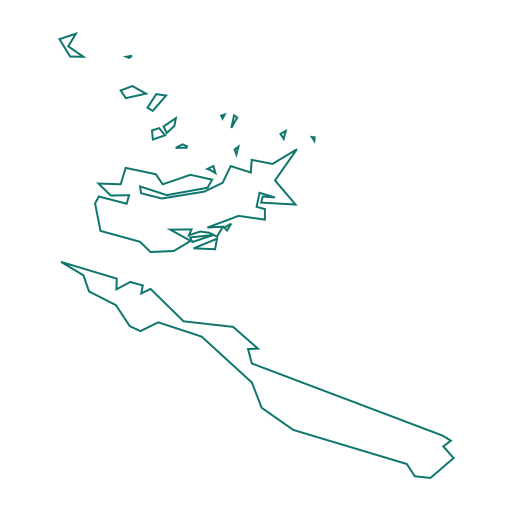 the district of Maluku Tenggara, Maluku, Indonesia, rotated 94°
{"feature_id": "22746128B6545713511337", "entity_name": "Maluku Tenggara", "entity_type": "district", "adm_level": 2, "iso_a3": "IDN", "parent_name": "Indonesia", "parent_adm1": "Maluku", "projection": "mercator", "projection_center": [132.834, -5.655], "detail": "medium", "context": "isolated", "style": "outline", "palette": "teal", "viewbox_px": 512, "rotation_deg": 94, "n_neighbors": 0, "source": "geoboundaries", "source_scale": "gbopen_adm2", "svg_char_len": 1963}
<svg xmlns="http://www.w3.org/2000/svg" viewBox="0 0 512 512"><g transform="rotate(94 256 256)"><path d="M465.2,66.5L443.8,44.8L432.9,55.9L426.6,48.7L422.2,57.3L363.5,252.7L349.4,257.4L348.3,247.6L328.3,273.9L326.2,323.7L296.2,358.9L301.3,367.8L293.3,366.9L290.7,379.7L299.0,392.9L288.3,393.3L275.5,450.1L287.3,426.8L303.0,420.1L314.8,392.3L334.8,377.0L339.0,366.1L329.0,348.9L340.2,304.6L382.5,251.3L407.1,239.7L426.9,206.7L453.0,91.0L464.7,82.2L465.2,66.5ZM202.4,254.5L201.9,220.2L179.3,242.3L146.7,222.7L163.0,246.0L160.4,267.0L173.1,267.0L168.1,287.5L185.4,294.5L195.4,312.1L205.2,353.9L201.4,375.0L194.7,376.5L201.5,349.3L191.3,309.1L182.9,305.1L179.6,327.1L191.0,354.1L181.4,361.6L177.2,392.2L193.9,396.0L194.7,418.2L205.8,405.1L204.2,386.8L212.9,388.7L207.6,416.9L214.7,420.2L241.8,412.9L249.9,372.7L259.4,361.5L256.7,338.3L245.5,322.3L235.7,343.4L234.0,322.2L239.9,324.4L235.5,313.2L236.1,304.1L239.4,296.3L229.1,291.1L231.0,306.5L217.2,276.2L219.1,249.7L208.6,250.4L206.9,258.8L192.7,256.9L196.3,241.2L196.2,253.5L202.4,254.5ZM69.3,442.1L60.0,457.9L46.8,451.2L53.4,467.2L70.0,455.3L69.3,442.1ZM107.6,396.8L101.7,377.1L95.1,391.2L100.3,402.6L107.6,396.8ZM102.2,356.9L101.5,366.8L115.6,374.6L118.4,369.1L102.2,356.9ZM246.5,320.4L238.1,300.2L242.0,323.0L246.5,320.4ZM141.9,355.1L135.2,361.6L138.0,368.5L147.0,367.0L141.9,355.1ZM252.1,297.3L241.5,296.1L252.7,318.8L252.1,297.3ZM124.1,345.6L133.2,357.2L139.6,353.6L131.9,346.5L124.1,345.6ZM132.6,240.1L137.2,236.5L129.1,235.1L132.6,240.1ZM232.6,286.7L225.5,283.0L230.0,289.6L232.6,286.7ZM176.1,302.3L169.2,304.8L172.6,310.6L173.7,306.7L176.1,302.3ZM153.7,343.6L152.9,332.9L151.3,332.5L149.8,337.2L153.7,343.6ZM130.0,289.5L119.1,284.4L117.3,287.7L130.0,289.5ZM156.1,282.6L148.2,281.2L151.3,284.8L156.1,282.6ZM67.2,396.2L64.9,393.7L66.3,399.2L67.2,396.2ZM133.4,208.6L137.1,205.9L133.6,205.7L133.4,208.6ZM121.3,299.0L117.1,297.1L118.4,300.5L121.3,299.0Z" fill="none" stroke="#0f766e" stroke-width="2"/></g></svg>